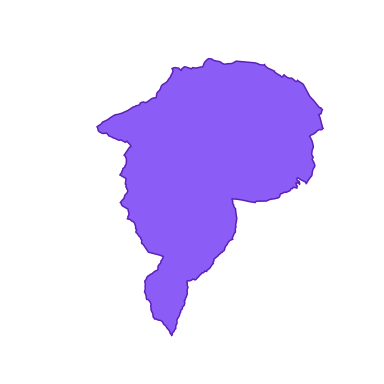 Campani, Bihor, Romania (Albers equal-area conic projection), rotated 107°
{"feature_id": "2599482B94404645511212", "entity_name": "Campani", "entity_type": "district", "adm_level": 2, "iso_a3": "ROU", "parent_name": "Romania", "parent_adm1": "Bihor", "projection": "albers", "projection_center": [22.559, 46.517], "detail": "fine", "context": "isolated", "style": "filled", "palette": "violet", "viewbox_px": 384, "rotation_deg": 107, "n_neighbors": 0, "source": "geoboundaries", "source_scale": "gbopen_adm2", "svg_char_len": 5978}
<svg xmlns="http://www.w3.org/2000/svg" viewBox="0 0 384 384"><g transform="rotate(107 192 192)"><path d="M157.2,301.9L157.7,301.7L158.4,300.9L160.8,299.5L161.5,298.3L161.9,296.5L162.1,295.5L162.1,294.5L161.7,293.2L161.2,292.4L161.2,291.9L160.6,290.9L160.8,290.4L161.2,290.1L161.7,289.2L162.7,287.9L162.6,287.0L162.8,285.7L162.8,284.7L163.1,284.0L163.3,282.5L163.3,281.0L163.8,278.3L163.8,276.6L162.9,274.9L162.9,274.7L163.4,273.7L163.4,273.2L164.0,270.2L162.4,269.0L163.0,268.3L163.6,267.2L163.9,266.8L164.8,265.1L165.5,264.4L165.9,264.2L166.4,263.7L167.4,264.8L176.4,267.6L176.3,267.2L177.4,266.5L178.0,265.7L179.5,264.4L180.4,264.2L181.1,263.9L184.3,263.2L185.2,263.3L187.0,263.8L187.6,263.5L188.1,263.6L189.4,264.7L189.9,264.9L190.4,265.0L191.0,264.8L191.6,264.9L192.2,264.8L192.8,265.1L194.0,264.9L195.8,265.7L196.8,265.9L198.4,259.0L203.1,258.3L204.0,258.0L204.0,257.4L204.3,257.1L204.8,256.9L206.3,256.8L207.5,255.5L208.2,255.1L209.1,254.0L209.8,253.8L211.4,253.7L214.9,255.3L217.7,255.1L220.8,256.6L222.3,257.2L223.1,257.4L223.2,256.6L224.1,256.2L225.5,254.9L227.2,248.1L229.0,247.3L231.0,245.9L231.9,245.9L232.5,245.7L234.3,246.1L235.4,245.7L236.3,246.0L236.6,245.9L236.4,243.6L236.5,242.9L237.3,241.4L237.7,239.3L238.0,238.5L239.1,237.5L239.4,237.3L239.8,236.8L240.4,236.6L241.3,235.9L243.6,235.1L244.1,234.1L244.7,233.8L245.7,234.1L246.2,234.1L247.1,233.7L247.6,232.4L248.4,231.4L248.6,230.9L249.2,230.4L249.8,229.7L249.9,229.3L250.9,227.5L251.6,227.4L252.3,226.6L252.4,226.3L252.8,226.0L255.3,225.4L255.9,225.1L256.2,223.9L256.5,223.3L256.9,222.9L257.0,222.6L262.3,216.1L261.8,204.6L262.1,200.6L263.7,200.6L265.6,200.9L266.7,201.5L269.2,201.2L270.7,202.1L272.4,202.7L273.4,202.7L276.0,201.9L277.0,202.4L278.8,204.5L282.0,206.5L283.1,207.9L283.7,208.1L285.2,209.5L286.0,209.9L287.0,210.2L289.1,210.3L290.7,211.1L291.7,210.9L293.4,209.8L296.2,209.2L298.2,208.4L301.4,208.2L303.1,206.6L304.6,205.5L307.0,204.6L307.9,204.0L307.8,202.7L308.1,201.8L308.8,200.8L309.1,200.3L310.4,199.0L311.7,198.2L312.7,198.3L315.1,197.2L316.6,196.8L318.2,195.5L319.7,193.9L322.6,192.8L323.0,192.5L323.2,192.0L323.7,191.3L324.1,191.1L324.4,190.5L324.0,190.0L324.2,189.0L324.1,188.3L324.3,187.4L324.3,186.0L324.0,184.7L324.5,182.6L326.8,180.3L327.6,178.1L329.3,176.3L331.2,173.2L333.5,171.5L334.3,170.3L335.1,169.6L334.3,169.0L333.5,169.5L332.8,169.6L330.8,168.6L328.2,168.1L327.3,167.6L325.0,168.3L323.5,168.3L322.4,167.9L321.1,168.2L320.2,168.7L318.1,169.0L314.5,168.0L310.9,168.0L310.1,167.7L308.6,168.2L306.7,167.1L304.6,167.4L302.5,166.3L300.5,166.4L299.7,166.6L298.8,167.4L298.3,167.5L297.8,167.0L296.3,167.2L293.8,166.8L291.4,166.7L289.7,167.1L287.8,167.8L286.4,168.1L284.4,167.9L282.6,169.3L280.3,170.0L279.3,170.7L278.2,170.4L277.7,168.4L276.9,167.2L275.7,166.1L275.0,165.7L274.8,164.9L275.2,163.5L274.5,162.6L272.3,161.7L271.2,160.9L270.1,160.7L267.2,159.0L266.5,158.9L265.9,157.5L265.5,157.2L263.9,156.7L263.7,154.8L262.4,154.7L259.9,152.8L255.1,151.4L254.2,150.7L253.4,151.4L251.6,150.9L249.6,151.3L248.3,150.3L246.9,149.5L245.7,148.6L244.5,148.2L243.6,147.5L241.6,146.5L240.9,145.5L239.6,145.0L238.5,144.1L237.2,144.0L236.6,144.3L235.6,144.0L235.0,144.2L234.4,144.1L231.8,143.0L229.9,142.8L227.2,141.6L225.3,139.2L224.0,140.1L221.2,139.6L219.7,139.6L218.8,139.4L217.9,138.8L216.6,139.1L214.3,139.9L212.6,139.7L211.8,140.0L211.2,140.6L206.7,141.0L203.7,141.6L202.1,142.5L198.7,144.1L195.1,145.6L194.7,146.5L193.5,147.9L192.1,148.4L191.1,149.8L189.6,150.1L186.9,151.6L185.8,147.2L185.0,141.7L184.4,134.1L183.6,128.5L182.7,128.3L182.2,127.7L181.8,127.1L178.9,118.2L176.5,115.5L175.7,114.2L174.4,111.2L173.2,109.3L172.9,108.5L172.0,107.5L171.3,107.0L170.2,106.8L168.9,107.0L167.8,106.7L167.3,105.7L165.0,103.3L165.0,102.8L164.6,101.6L162.2,98.8L159.8,98.1L159.3,96.9L158.1,96.8L157.6,95.1L157.6,92.9L155.6,93.0L154.9,94.1L153.2,95.2L152.6,95.1L152.8,94.2L152.4,93.5L152.0,93.3L152.2,92.8L153.2,91.5L152.8,91.3L150.9,92.4L150.3,93.0L150.4,94.0L149.9,95.1L148.4,95.6L147.9,95.5L147.5,94.9L148.4,91.6L149.3,86.5L150.5,85.3L149.7,84.9L147.2,84.4L143.4,83.1L141.7,82.3L140.2,82.3L138.1,82.7L135.4,83.0L131.8,82.1L131.1,82.2L130.1,82.6L127.9,84.3L126.0,86.4L125.0,86.7L123.8,86.3L123.3,86.3L121.4,88.3L121.0,88.5L118.2,89.1L116.1,89.3L114.2,89.0L113.3,89.2L112.0,89.8L108.4,91.9L104.7,95.3L104.4,95.8L102.8,94.9L101.4,93.1L100.6,92.4L100.0,92.2L99.5,91.5L98.7,91.0L96.8,90.1L95.6,89.1L94.9,87.9L95.0,87.7L94.9,87.1L94.4,86.1L92.8,85.2L92.1,86.1L91.9,86.5L91.5,86.4L83.5,91.3L82.1,92.4L81.3,93.4L79.2,91.4L76.9,91.6L75.1,91.4L73.8,93.6L74.0,94.9L68.9,102.5L66.2,107.3L57.8,115.7L56.3,117.4L54.8,122.6L54.3,123.7L55.7,124.2L55.9,125.4L54.9,127.5L53.9,130.0L54.1,130.7L54.7,131.3L54.7,133.8L54.6,134.4L53.5,137.4L53.0,138.2L53.6,138.6L54.9,138.9L55.8,139.5L55.5,140.4L54.8,141.8L54.5,143.7L53.8,146.2L53.3,147.5L52.8,148.5L52.3,148.5L51.8,151.8L51.5,154.9L51.0,156.9L49.6,159.5L48.9,159.8L49.6,160.6L50.2,162.9L50.3,164.3L50.3,165.5L50.0,167.0L50.1,169.7L53.6,186.4L54.0,188.1L57.2,191.0L58.2,193.3L58.6,194.7L59.2,195.9L59.5,196.7L60.2,197.9L60.3,199.2L60.0,201.1L59.4,202.4L59.2,204.2L59.6,206.6L59.8,210.1L59.0,211.9L59.6,215.1L61.1,216.3L64.0,217.8L65.8,218.1L68.9,218.2L69.6,219.3L70.0,220.4L72.4,224.5L72.6,226.7L73.0,227.9L74.4,228.6L74.2,234.0L74.5,236.0L75.9,236.7L76.7,237.6L78.8,237.8L77.8,240.7L77.4,241.0L77.8,242.9L77.8,244.1L78.7,246.0L79.4,246.8L79.8,247.2L80.6,246.3L82.0,245.6L84.7,245.6L85.3,246.0L88.7,246.3L90.8,247.3L93.3,247.9L95.7,249.4L97.2,251.0L98.8,252.0L99.6,252.3L102.9,252.5L104.2,252.8L107.0,254.3L108.6,254.4L112.0,253.9L112.6,254.1L112.9,255.3L113.3,256.2L114.4,257.8L118.6,260.9L120.1,262.4L120.2,263.6L120.1,264.4L120.1,264.7L121.0,266.4L122.3,267.6L123.1,267.5L123.8,267.7L124.4,268.2L124.7,268.5L126.0,270.9L126.9,271.5L127.9,273.1L132.7,277.1L137.2,282.2L139.2,285.2L140.3,287.4L141.0,288.5L144.9,291.9L146.6,293.1L147.9,294.2L150.4,296.9L150.9,297.7L151.9,298.2L153.8,298.9L157.2,301.9Z" fill="#8b5cf6" stroke="#5b21b6" stroke-width="1.5"/></g></svg>